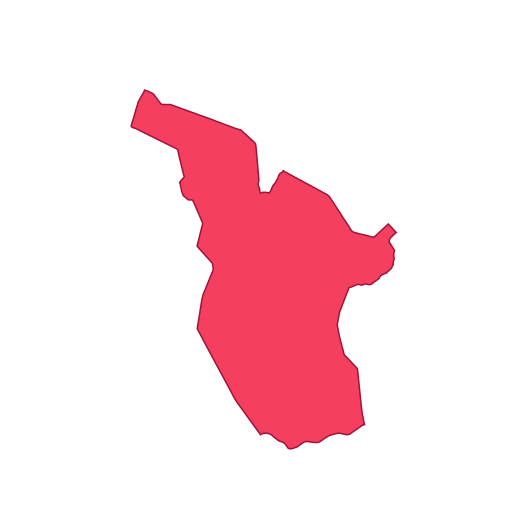 Matões, Maranhão, Brazil, rotated 47°
{"feature_id": "56859067B60490474667229", "entity_name": "Matões", "entity_type": "district", "adm_level": 2, "iso_a3": "BRA", "parent_name": "Brazil", "parent_adm1": "Maranhão", "projection": "mercator", "projection_center": [-43.362, -5.379], "detail": "fine", "context": "isolated", "style": "filled", "palette": "rose", "viewbox_px": 512, "rotation_deg": 47, "n_neighbors": 0, "source": "geoboundaries", "source_scale": "gbopen_adm2", "svg_char_len": 3998}
<svg xmlns="http://www.w3.org/2000/svg" viewBox="0 0 512 512"><g transform="rotate(47 256 256)"><path d="M67.5,220.5L65.0,221.4L61.1,222.9L58.6,224.4L59.5,226.0L60.3,228.5L61.3,231.8L62.1,234.5L62.8,236.5L63.3,237.9L64.4,239.2L65.1,240.6L67.7,245.1L69.8,248.5L72.0,252.1L73.3,254.6L75.1,257.6L76.3,259.0L77.7,258.7L79.2,257.9L80.6,257.1L86.8,254.8L89.0,254.0L91.0,253.2L93.1,252.4L95.0,251.7L98.1,250.5L104.6,248.1L113.6,244.7L122.7,241.2L124.9,240.7L126.4,241.7L131.4,244.7L133.8,246.0L135.8,247.1L141.0,250.1L144.2,251.8L147.1,253.5L149.2,254.4L149.5,256.8L149.6,258.6L149.9,260.1L150.1,261.7L152.0,262.4L153.1,263.4L154.5,264.0L156.1,265.1L157.7,266.1L159.7,267.0L161.3,267.7L162.8,268.0L164.8,267.7L167.0,267.5L169.1,267.1L171.1,264.7L172.9,264.5L175.8,265.5L186.7,269.4L195.6,272.6L197.0,274.4L198.3,276.6L202.2,282.6L206.0,288.3L208.6,292.4L211.7,292.5L222.7,292.7L229.3,292.8L231.5,292.9L232.8,293.8L234.1,294.6L236.7,296.3L248.2,321.0L249.0,322.4L252.2,326.9L253.1,328.1L261.3,338.5L267.8,347.0L269.2,348.6L272.7,349.5L274.9,350.1L277.8,350.9L280.0,351.5L289.2,354.0L295.7,355.7L322.9,362.8L330.3,364.7L340.0,367.3L345.4,368.8L349.7,369.6L352.8,370.0L389.8,374.6L390.6,371.7L392.6,369.2L394.5,367.9L397.0,366.7L400.5,366.4L406.8,365.4L410.2,363.5L413.3,362.8L418.3,363.6L420.1,362.8L421.4,361.2L423.6,356.3L424.1,353.0L424.6,348.9L425.1,347.0L426.6,345.1L432.1,340.6L433.8,338.9L434.7,337.6L435.7,334.5L436.0,331.3L437.2,325.0L439.7,320.0L441.9,316.3L444.8,314.2L449.0,311.2L450.2,309.0L450.5,307.1L450.8,304.6L452.3,293.8L453.4,291.7L444.0,286.0L437.1,281.0L409.8,260.3L407.5,258.7L403.1,258.7L401.4,258.7L399.3,258.7L395.4,258.7L392.7,258.7L391.2,258.8L388.3,258.8L385.8,257.4L384.5,256.7L379.2,253.9L377.5,253.0L371.5,249.7L367.7,247.3L365.6,246.0L363.5,244.7L361.6,243.4L360.5,241.9L359.5,240.6L354.8,234.1L353.7,232.5L352.2,229.3L350.0,224.9L344.2,212.8L342.6,209.6L343.6,207.6L344.4,205.7L344.9,204.1L345.6,202.2L346.5,200.5L347.8,199.7L349.3,198.7L350.1,197.2L350.7,195.2L352.3,194.1L353.8,193.2L354.8,191.9L355.5,189.9L355.5,187.9L355.9,185.3L356.2,183.5L356.4,181.7L355.9,180.0L355.5,178.2L355.9,176.1L356.7,173.7L357.4,172.1L357.3,170.3L357.3,168.2L357.4,165.9L356.7,163.6L355.9,161.5L354.3,159.9L353.3,158.8L352.8,157.4L351.2,156.1L349.4,154.8L347.9,153.3L346.5,150.9L336.1,148.9L334.9,146.9L334.4,145.0L334.4,143.4L334.4,141.4L334.4,139.2L334.5,137.4L333.0,137.4L329.8,137.4L324.3,137.4L322.8,137.4L322.8,146.1L322.8,147.6L322.8,150.5L322.8,152.3L322.8,154.1L322.6,157.2L320.9,158.3L319.0,159.6L316.9,160.8L315.1,162.0L313.6,163.0L312.2,163.9L310.4,165.2L308.0,166.6L306.0,167.9L304.2,168.8L302.5,168.8L300.9,168.6L299.0,168.2L296.8,167.7L294.6,167.4L291.9,166.9L289.8,166.6L288.0,166.3L286.4,166.0L284.6,165.7L282.5,165.2L280.3,164.9L278.6,164.6L276.8,164.3L274.8,163.9L273.0,163.6L270.9,163.2L268.3,162.8L266.3,162.4L264.3,162.1L262.5,161.8L260.3,162.0L258.8,162.4L256.3,163.3L254.6,163.9L252.9,164.4L251.4,164.9L249.7,165.5L248.2,165.9L246.6,166.5L244.9,167.1L242.9,167.7L241.0,168.4L239.6,168.8L237.6,169.6L235.6,170.2L234.3,170.7L232.3,171.2L230.7,171.9L229.1,172.4L227.6,172.9L226.1,173.4L224.4,174.0L222.6,174.6L220.6,175.3L218.4,176.0L215.4,177.0L213.6,177.6L212.1,177.9L212.7,180.0L212.1,181.3L212.1,183.1L212.9,185.1L214.0,186.9L214.6,189.3L215.6,191.4L215.8,194.0L216.1,195.6L216.8,197.5L218.5,201.0L218.8,203.4L216.0,205.5L214.1,207.5L213.5,209.8L212.0,209.5L208.5,207.2L205.6,206.0L204.5,205.1L203.8,203.8L202.4,202.1L200.8,200.8L197.0,197.8L189.8,192.2L186.8,189.8L175.4,181.0L173.7,179.9L172.0,179.7L170.0,179.8L166.9,180.1L162.5,180.4L159.7,180.6L155.5,181.0L153.8,181.0L151.9,182.1L150.3,183.1L148.2,184.3L145.9,185.4L144.2,186.2L142.8,187.0L141.0,187.9L138.7,189.0L137.3,189.7L135.3,190.7L133.3,191.7L131.9,192.4L129.7,193.5L127.4,194.6L125.6,195.5L124.1,196.2L121.8,197.3L119.5,198.6L112.1,202.4L94.7,211.3L90.8,213.3L86.8,215.3L85.7,216.5L84.2,218.2L80.6,221.8L73.5,221.2L71.9,221.0L67.5,220.5Z" fill="#f43f5e" stroke="#9f1239" stroke-width="1.5"/></g></svg>